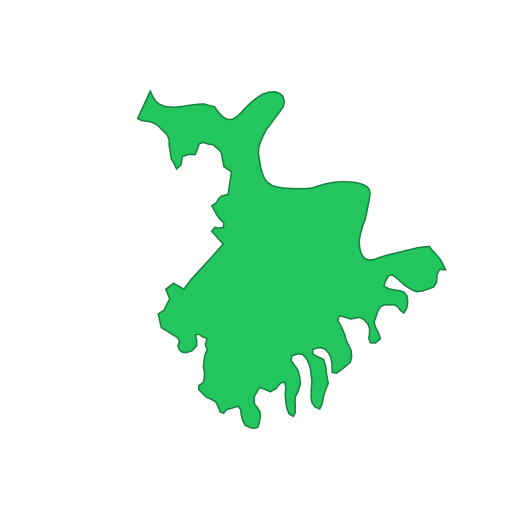 Itapiranga, Santa Catarina, Brazil, rotated 209°
{"feature_id": "56859067B85066808515960", "entity_name": "Itapiranga", "entity_type": "district", "adm_level": 2, "iso_a3": "BRA", "parent_name": "Brazil", "parent_adm1": "Santa Catarina", "projection": "natural_earth1", "projection_center": [-53.721, -27.112], "detail": "fine", "context": "isolated", "style": "filled", "palette": "green", "viewbox_px": 512, "rotation_deg": 209, "n_neighbors": 0, "source": "geoboundaries", "source_scale": "gbopen_adm2", "svg_char_len": 3950}
<svg xmlns="http://www.w3.org/2000/svg" viewBox="0 0 512 512"><g transform="rotate(209 256 256)"><path d="M313.5,157.9L310.9,155.3L307.5,151.1L304.0,147.5L284.7,146.5L281.6,144.3L280.7,139.5L277.2,136.7L273.4,136.1L269.9,137.9L266.0,142.1L264.4,148.8L267.0,153.5L270.8,157.3L268.0,160.0L263.8,159.3L258.9,160.2L257.5,154.2L253.4,150.4L252.5,144.1L250.2,138.1L248.4,133.6L244.5,129.2L242.0,124.0L240.8,119.7L243.3,115.0L241.2,111.4L235.8,109.8L230.9,108.5L225.8,109.0L220.6,108.9L216.3,106.1L211.7,102.3L208.1,102.7L207.4,107.2L203.7,110.9L198.8,115.9L194.8,114.1L192.4,110.6L188.3,105.9L183.1,102.7L178.1,103.1L174.6,104.1L171.4,106.9L172.4,112.3L174.8,118.6L177.1,121.7L180.7,123.8L185.9,125.9L189.4,131.8L189.2,142.6L184.4,143.6L177.6,144.2L174.2,149.9L173.0,156.6L170.1,159.6L166.4,155.8L163.4,149.2L160.5,144.8L157.5,140.5L154.9,137.6L150.7,134.0L145.4,133.8L145.8,138.1L148.7,143.4L151.8,148.5L153.4,152.2L153.4,156.5L154.2,160.9L155.3,166.1L159.2,171.4L163.5,176.1L168.3,178.6L174.8,181.7L176.1,186.4L171.6,190.9L167.8,192.5L162.5,191.1L156.4,186.6L152.9,182.6L149.5,177.9L146.2,173.2L143.3,166.9L139.7,159.8L136.4,155.2L131.3,152.6L126.2,153.1L126.3,157.2L127.5,162.0L129.2,167.2L130.3,172.5L131.0,179.5L135.1,184.6L137.8,187.9L141.5,193.3L146.9,198.3L153.1,197.8L158.6,197.8L161.0,201.4L158.4,204.9L154.9,207.2L150.5,208.1L145.6,206.3L142.0,204.1L137.7,199.2L135.1,194.7L132.9,191.1L128.8,192.5L125.4,199.8L122.0,208.8L123.8,214.8L126.7,219.1L130.5,222.0L136.5,226.2L140.1,230.1L146.2,234.9L153.5,239.6L154.2,244.2L147.9,245.8L142.7,246.8L139.2,249.5L135.6,252.6L130.8,252.8L124.7,250.5L121.7,247.9L119.3,243.5L117.3,238.5L113.8,235.6L109.3,237.9L107.1,243.9L111.3,247.9L114.4,249.9L117.6,252.2L120.6,255.5L121.9,262.5L122.7,266.7L122.5,271.9L119.7,275.8L116.0,277.7L110.6,280.6L106.7,280.1L103.2,278.4L99.0,277.8L98.8,283.2L100.1,287.3L102.2,291.2L104.8,294.3L109.1,296.1L113.9,295.2L118.0,293.6L123.4,291.8L129.6,291.6L130.5,296.5L130.5,302.8L127.9,305.5L124.0,305.2L118.8,304.1L113.4,302.8L109.5,302.3L105.4,302.1L101.7,302.1L98.2,302.6L93.4,306.2L89.3,310.8L85.6,314.9L85.3,320.5L88.7,327.6L89.0,333.2L83.6,335.8L88.2,339.2L93.4,342.4L98.0,344.2L101.5,345.5L105.2,346.6L109.0,348.4L114.3,344.8L118.7,341.5L121.9,338.6L124.9,335.8L128.8,332.3L131.7,329.4L136.0,325.6L142.0,320.0L145.7,316.2L148.3,313.3L151.0,310.2L155.3,307.1L160.1,306.6L164.6,308.8L168.5,312.4L172.9,318.8L175.3,325.6L177.4,334.4L178.3,341.1L180.7,348.8L182.1,353.4L183.9,358.9L186.4,365.8L189.4,369.2L192.6,370.5L196.1,370.5L200.5,369.7L205.0,368.4L211.0,365.7L214.4,363.9L219.8,360.8L223.7,358.1L226.5,356.0L231.6,351.4L236.5,346.4L240.1,342.6L244.3,339.5L252.5,335.0L257.1,332.5L260.8,330.8L264.3,328.9L269.3,327.2L275.5,325.5L281.8,326.1L285.7,327.6L289.9,330.8L293.8,334.6L297.1,338.6L300.1,342.4L303.6,346.9L306.2,352.5L307.5,358.5L307.9,362.8L308.3,371.0L307.2,378.4L306.5,384.7L306.0,388.9L305.1,394.3L304.5,399.7L306.0,404.8L310.1,408.8L314.3,409.7L319.0,408.8L324.2,405.5L328.8,400.6L331.2,396.1L334.0,390.1L336.1,383.5L337.5,378.8L338.4,374.6L340.0,369.5L342.6,364.5L345.9,362.1L349.4,361.4L353.6,361.9L357.2,363.0L361.3,364.8L364.7,366.4L368.1,365.5L371.6,364.5L375.4,363.7L379.3,361.2L383.2,358.5L387.0,355.8L391.1,352.5L395.9,348.9L400.2,346.2L403.9,344.4L408.4,342.6L413.7,341.9L418.2,342.6L423.2,345.1L428.4,348.9L426.2,318.8L421.7,319.1L417.3,320.7L412.1,322.5L406.0,322.7L392.1,318.7L388.0,315.1L385.6,310.6L382.5,307.0L379.6,302.8L376.7,299.4L372.9,297.4L367.7,293.6L365.8,299.5L368.7,307.2L364.2,312.1L358.5,315.1L359.0,320.4L360.1,326.9L357.0,329.8L351.7,330.8L347.7,332.5L340.0,330.9L336.7,329.8L327.3,318.5L318.3,317.8L310.3,296.3L315.1,291.8L316.6,287.8L316.4,283.5L319.0,278.5L315.4,276.2L310.9,273.4L305.3,270.5L300.3,269.5L298.4,265.4L302.3,262.1L305.9,261.1L306.8,256.2L290.5,250.5L294.7,231.4L301.4,204.2L302.9,192.0L314.9,192.2L318.8,183.1L310.7,176.8L310.3,163.8L313.5,157.9Z" fill="#22c55e" stroke="#15803d" stroke-width="1.5"/></g></svg>